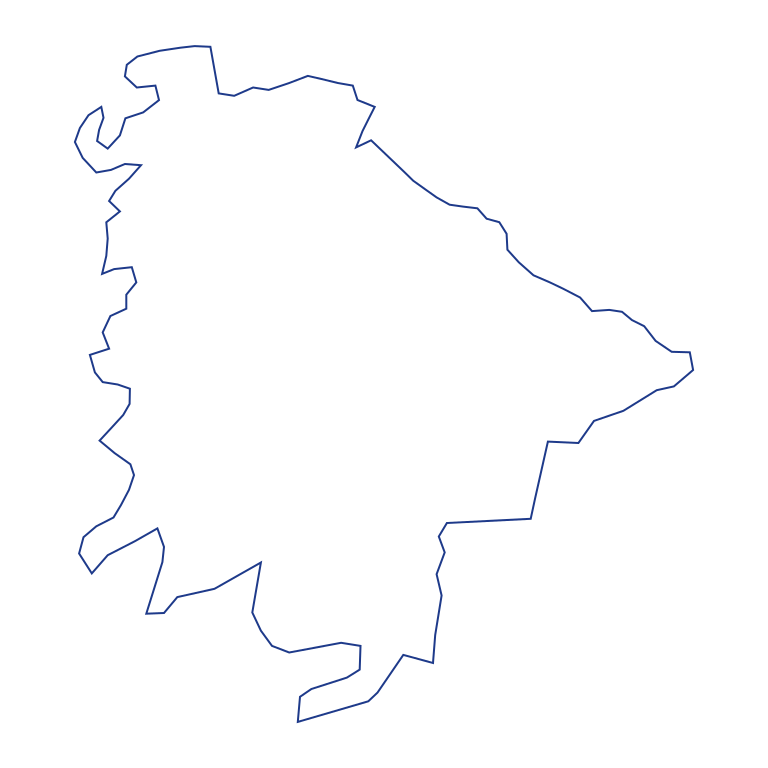 Centenário, Rio Grande do Sul, Brazil (Robinson projection), rotated 90°
{"feature_id": "56859067B70256380111407", "entity_name": "Centenário", "entity_type": "district", "adm_level": 2, "iso_a3": "BRA", "parent_name": "Brazil", "parent_adm1": "Rio Grande do Sul", "projection": "robinson", "projection_center": [-52.012, -27.763], "detail": "fine", "context": "isolated", "style": "outline", "palette": "blue", "viewbox_px": 768, "rotation_deg": 90, "n_neighbors": 0, "source": "geoboundaries", "source_scale": "gbopen_adm2", "svg_char_len": 1834}
<svg xmlns="http://www.w3.org/2000/svg" viewBox="0 0 768 768"><g transform="rotate(90 384 384)"><path d="M46.8,557.6L46.1,573.4L47.7,587.6L50.8,608.4L56.5,630.6L64.8,641.2L76.4,643.1L87.5,631.2L85.6,612.6L100.1,609.0L112.4,624.8L118.3,642.6L135.4,648.1L148.6,660.3L141.0,670.9L129.9,668.9L117.8,664.5L106.9,666.7L115.2,679.5L128.0,688.1L142.0,693.1L157.9,685.3L172.5,671.7L169.9,657.0L164.0,643.1L165.2,627.0L178.7,639.0L190.8,652.6L201.0,658.9L211.4,648.1L222.3,661.7L238.6,660.3L255.9,661.7L273.9,665.9L269.1,653.9L267.2,636.2L282.4,631.7L294.7,641.7L308.7,641.7L316.0,657.6L332.4,665.3L348.7,658.9L354.9,678.1L372.4,673.1L382.1,665.3L384.5,650.3L388.7,638.1L403.9,638.4L415.0,644.8L428.3,657.0L440.6,668.4L453.1,653.4L464.3,637.6L475.1,634.0L489.8,639.0L505.0,647.0L517.5,654.5L526.3,671.7L537.2,684.5L553.5,688.9L573.4,676.2L555.2,660.3L541.2,633.1L528.4,610.6L546.9,604.0L562.1,605.6L613.7,621.7L613.0,604.0L597.1,590.7L588.8,553.5L562.5,507.1L612.5,515.7L630.7,507.1L645.9,496.0L652.5,478.8L642.8,426.9L645.9,407.5L669.6,408.3L677.6,421.1L689.0,456.6L696.8,468.0L721.9,470.2L701.3,399.7L692.6,390.5L654.9,364.7L663.0,335.0L635.0,332.8L595.5,326.4L574.2,331.4L552.4,323.3L536.5,329.2L523.0,321.1L518.8,237.3L498.4,232.9L441.6,220.1L443.0,189.6L420.9,174.0L410.8,144.6L390.2,111.3L386.4,94.1L370.0,74.9L352.3,78.2L351.8,96.3L340.9,112.4L326.2,123.8L320.1,136.0L311.8,146.0L309.9,158.7L311.1,176.0L297.5,187.9L288.6,205.1L282.4,218.1L275.3,234.5L262.3,249.2L249.7,260.6L233.8,261.4L222.2,268.7L218.7,281.4L208.3,290.6L206.6,305.0L204.7,318.4L197.4,331.4L189.3,342.8L180.8,354.7L171.8,363.9L140.3,396.9L147.4,411.9L131.1,405.5L119.5,399.7L106.9,393.3L100.0,410.5L85.6,415.2L83.0,430.2L79.0,446.6L75.9,460.2L83.2,479.3L89.9,499.3L87.5,514.9L95.8,533.8L93.4,549.3L46.8,557.6Z" fill="none" stroke="#1e3a8a" stroke-width="2"/></g></svg>